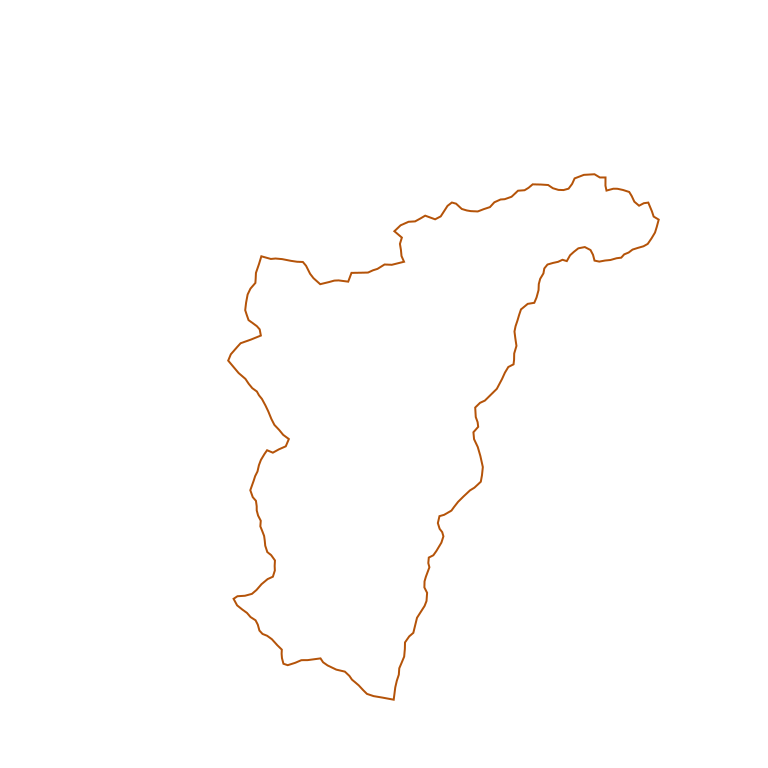 Fernandópolis, São Paulo, Brazil, rotated 211°
{"feature_id": "56859067B33665178347433", "entity_name": "Fernandópolis", "entity_type": "district", "adm_level": 2, "iso_a3": "BRA", "parent_name": "Brazil", "parent_adm1": "São Paulo", "projection": "albers", "projection_center": [-50.287, -20.283], "detail": "fine", "context": "isolated", "style": "outline", "palette": "amber", "viewbox_px": 768, "rotation_deg": 211, "n_neighbors": 0, "source": "geoboundaries", "source_scale": "gbopen_adm2", "svg_char_len": 3450}
<svg xmlns="http://www.w3.org/2000/svg" viewBox="0 0 768 768"><g transform="rotate(211 384 384)"><path d="M283.1,467.6L285.0,471.8L288.1,477.2L290.1,484.9L295.2,491.1L299.2,496.2L301.0,501.3L302.3,507.2L303.8,513.0L305.0,518.5L302.1,526.7L297.0,531.0L297.8,536.7L299.9,544.1L302.8,549.4L304.3,554.6L304.3,560.9L306.1,565.6L305.4,570.6L301.5,574.8L297.7,578.4L295.0,582.4L290.6,583.5L290.8,590.2L289.3,595.1L287.3,600.4L282.4,604.8L276.0,605.2L271.4,602.4L267.1,598.2L262.5,599.8L258.1,603.7L253.8,606.9L249.4,611.6L245.7,614.5L244.9,618.8L242.0,622.7L240.2,627.2L236.6,631.3L232.5,635.7L230.1,639.9L229.7,646.6L229.7,653.4L231.1,659.1L233.2,666.4L239.1,666.4L243.3,670.0L250.9,675.6L254.4,672.8L257.2,668.2L263.3,669.2L268.5,672.7L272.7,674.9L279.1,673.4L284.4,671.6L288.0,669.5L292.9,664.4L296.3,668.0L300.5,675.1L305.4,672.2L311.6,672.2L320.4,666.2L326.5,658.4L325.8,652.4L326.4,646.5L330.0,642.7L334.5,640.2L340.1,638.8L345.8,639.1L352.0,635.9L359.4,631.7L361.2,626.5L363.3,622.5L368.7,618.7L371.1,610.2L375.7,604.6L379.1,602.2L383.0,596.6L384.3,590.2L388.6,585.2L392.5,580.2L398.6,576.9L402.4,575.4L407.5,574.1L415.1,575.7L419.3,574.5L421.3,569.4L421.7,556.9L425.0,551.5L435.4,549.5L438.0,544.7L441.1,539.4L446.5,535.7L451.5,528.6L453.8,520.3L444.1,518.7L442.5,512.3L438.5,507.6L434.9,502.7L429.8,499.1L438.7,490.2L445.1,486.7L448.9,479.3L452.0,475.8L455.1,471.3L461.1,467.5L469.1,462.5L467.4,453.3L476.3,449.4L479.9,447.0L483.5,443.2L490.1,436.7L499.0,438.4L504.1,440.4L511.7,445.2L516.4,446.8L521.5,444.0L527.3,441.6L535.6,438.6L541.6,435.7L545.4,432.9L554.9,430.3L552.9,422.3L551.0,413.3L548.3,408.3L546.3,404.4L547.6,397.0L547.0,390.5L544.1,382.7L541.0,375.8L537.2,372.5L533.0,369.0L522.8,368.1L518.7,366.8L514.5,362.1L520.9,353.6L527.9,345.1L528.9,340.1L530.6,330.6L529.6,323.8L514.2,318.5L505.4,317.0L500.1,314.5L494.8,312.6L489.1,312.1L485.3,309.9L480.9,308.3L474.5,304.5L469.2,301.0L462.5,296.0L456.9,292.5L450.1,290.6L444.3,288.5L437.2,287.8L436.1,280.0L440.4,273.9L443.9,267.9L450.1,267.0L450.4,262.5L450.4,255.5L449.4,250.0L447.4,243.9L447.0,238.7L445.9,234.0L443.9,224.1L438.2,219.4L433.6,217.9L430.2,213.7L428.0,210.1L424.2,206.4L419.2,203.3L416.7,198.3L412.7,195.3L408.5,192.0L405.6,188.4L402.5,184.2L397.4,179.8L392.6,179.2L386.6,176.6L384.0,171.7L381.5,167.9L380.0,161.6L383.3,156.8L385.9,149.3L387.2,141.8L389.1,136.1L394.1,130.9L400.3,126.6L402.3,122.4L395.9,118.6L389.3,117.7L383.5,117.2L378.4,115.5L372.4,115.3L368.2,112.7L363.8,108.5L359.4,107.2L354.5,108.0L348.7,107.5L340.8,105.1L334.8,103.7L332.8,100.0L330.3,96.5L326.1,92.4L321.7,93.4L316.5,99.3L312.6,104.7L307.1,108.1L297.1,116.1L292.9,114.1L287.4,113.7L277.8,114.6L269.4,117.3L263.4,116.0L259.2,114.1L250.6,112.7L244.0,110.8L239.0,109.6L232.2,111.1L223.8,114.4L213.1,118.4L218.1,129.8L220.2,136.3L221.6,142.5L224.5,148.2L225.3,154.0L226.3,160.7L229.7,167.7L232.9,173.3L232.4,180.7L230.7,185.8L235.3,200.6L234.9,214.7L235.8,219.9L239.5,227.2L244.6,230.4L247.6,235.7L248.8,240.2L250.7,250.3L253.8,253.3L256.2,258.3L253.5,262.6L253.1,267.7L253.1,277.6L254.6,284.0L257.8,287.0L261.7,288.5L266.2,292.5L268.4,299.3L265.1,302.8L261.0,310.2L260.6,314.7L259.8,321.2L258.0,328.3L255.5,337.1L253.1,341.7L250.7,350.1L253.0,356.2L256.5,363.7L264.4,372.0L271.2,378.3L278.4,383.1L282.5,388.7L281.2,395.8L284.1,399.5L288.3,402.9L293.7,410.8L292.0,417.3L289.0,421.7L284.8,438.0L285.4,449.1L286.2,456.0L286.2,462.6L283.1,467.6Z" fill="none" stroke="#b45309" stroke-width="2"/></g></svg>